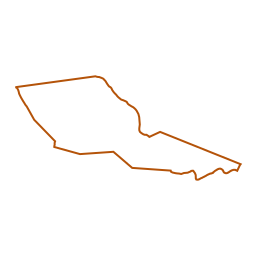 Canelles, Micoud, Saint Lucia
{"feature_id": "8701671B20457253682512", "entity_name": "Canelles", "entity_type": "district", "adm_level": 2, "iso_a3": "LCA", "parent_name": "Saint Lucia", "parent_adm1": "Micoud", "projection": "albers", "projection_center": [-60.909, 13.785], "detail": "fine", "context": "isolated", "style": "outline", "palette": "amber", "viewbox_px": 256, "rotation_deg": 0, "n_neighbors": 0, "source": "geoboundaries", "source_scale": "gbopen_adm2", "svg_char_len": 4297}
<svg xmlns="http://www.w3.org/2000/svg" viewBox="0 0 256 256"><path d="M54.3,147.0L80.0,154.1L113.4,151.8L132.2,167.9L170.7,170.6L171.0,171.7L172.5,172.5L175.6,173.2L177.1,173.4L179.4,173.6L181.2,174.0L184.0,173.0L185.3,172.9L187.7,172.7L188.8,172.2L190.6,171.5L191.2,170.9L192.9,170.7L193.0,170.7L193.1,170.8L193.3,170.9L193.3,171.0L194.4,172.4L194.5,172.5L194.7,172.8L194.8,173.0L195.0,173.3L195.1,173.5L195.5,174.6L195.6,174.8L195.7,175.0L195.8,177.9L195.8,178.0L195.8,178.3L195.9,178.7L196.0,178.8L196.1,179.0L196.2,179.3L196.3,179.3L196.5,179.4L196.5,179.5L196.8,179.6L197.0,179.7L197.3,179.7L197.5,179.7L197.8,179.7L198.1,179.6L198.3,179.6L198.6,179.5L198.7,179.4L198.9,179.3L199.2,179.2L199.3,179.2L199.5,179.0L199.7,178.9L199.8,178.9L200.2,178.7L200.3,178.6L200.5,178.5L200.7,178.4L200.8,178.3L201.0,178.2L201.3,178.1L201.5,178.0L201.7,177.9L201.9,177.9L202.1,177.8L202.3,177.7L202.5,177.6L202.8,177.4L203.1,177.2L203.3,177.1L203.5,177.0L203.7,176.9L203.8,176.9L204.0,176.8L204.3,176.7L204.5,176.5L204.8,176.4L205.0,176.3L205.1,176.2L205.5,176.0L205.9,175.8L206.1,175.7L206.4,175.5L206.6,175.3L206.8,175.2L207.0,175.1L207.4,174.9L207.6,174.8L207.9,174.6L208.0,174.6L208.3,174.5L208.4,174.4L208.5,174.4L208.9,174.2L209.0,174.1L209.4,174.0L209.7,173.9L209.8,173.8L209.9,173.7L210.0,173.7L210.3,173.6L210.5,173.6L210.8,173.5L211.0,173.5L211.1,173.4L211.3,173.4L211.5,173.4L211.9,173.2L212.1,173.2L212.4,173.1L212.5,173.0L212.7,172.8L212.8,172.8L212.8,172.7L213.1,172.5L213.3,172.4L213.4,172.2L213.6,172.1L213.8,171.9L214.1,171.7L214.3,171.5L214.4,171.4L214.6,171.2L214.9,171.0L215.0,170.9L215.3,170.7L215.7,170.5L215.8,170.4L216.0,170.3L216.1,170.2L216.3,170.1L216.5,170.0L216.7,169.9L216.8,169.8L216.9,169.7L217.2,169.5L217.3,169.5L217.4,169.4L217.5,169.4L217.8,169.2L218.0,169.1L218.3,169.0L218.5,169.0L218.6,168.9L218.8,168.9L219.0,168.8L219.3,168.7L219.6,168.7L219.8,168.7L220.2,168.7L220.3,168.7L220.5,168.7L220.6,168.8L220.8,168.8L221.0,168.9L221.2,169.0L221.3,169.0L221.5,169.1L221.7,169.3L221.9,169.4L222.0,169.5L222.3,169.7L222.4,169.8L222.6,170.0L222.9,170.3L223.0,170.4L223.0,170.5L223.2,170.8L223.2,171.0L223.3,171.2L223.3,171.3L223.4,171.5L223.5,171.6L223.6,171.8L223.7,172.0L223.8,172.2L223.9,172.3L224.1,172.4L224.1,172.5L224.3,172.6L224.5,172.7L224.7,172.8L224.8,172.8L225.0,173.0L225.4,173.1L225.5,173.1L225.8,173.2L226.1,173.2L226.4,173.2L226.5,173.2L227.0,173.1L227.3,173.0L227.5,172.9L227.8,172.8L227.9,172.7L228.0,172.7L228.3,172.5L228.4,172.4L228.5,172.4L228.8,172.2L229.0,172.1L229.2,171.9L229.3,171.9L229.5,171.7L229.8,171.5L229.9,171.4L230.0,171.4L230.3,171.2L230.5,171.1L230.7,170.9L230.8,170.9L231.0,170.8L231.3,170.7L231.5,170.5L231.8,170.4L232.1,170.3L232.2,170.2L232.3,170.2L232.6,170.1L232.9,170.0L233.0,170.0L233.2,169.9L233.3,169.9L233.5,169.9L234.0,169.8L234.3,169.8L234.5,169.8L234.8,169.9L235.0,169.9L235.3,169.9L235.4,170.0L235.5,170.0L235.8,170.1L236.0,170.1L236.2,170.3L236.3,170.3L236.5,170.4L236.7,170.5L236.8,170.5L237.0,170.7L237.2,170.8L238.2,168.7L239.8,165.3L240.6,164.2L160.1,131.9L149.3,136.9L148.5,136.0L147.6,135.6L146.6,134.8L144.8,134.8L143.3,134.3L141.3,133.0L139.9,131.8L139.3,130.2L139.3,128.2L139.8,124.5L139.4,119.7L139.2,117.1L138.4,114.0L136.6,110.7L135.6,109.4L134.6,108.4L133.9,107.8L133.3,107.3L132.6,106.9L131.8,106.5L131.1,106.1L130.4,105.6L129.7,105.2L128.9,104.7L128.3,104.2L127.7,103.6L127.3,102.9L126.9,102.1L126.2,101.6L125.5,101.2L124.7,100.9L123.2,100.2L122.7,100.1L121.9,99.8L121.1,99.5L120.4,99.0L119.8,98.4L119.1,97.9L118.5,97.4L117.9,96.8L117.3,96.2L116.8,95.5L116.3,94.9L115.7,94.2L115.1,93.7L114.5,93.0L113.9,92.4L112.9,91.0L112.4,90.3L112.0,89.6L111.7,88.8L111.3,88.1L110.7,87.4L110.1,87.0L109.3,86.6L108.7,86.0L108.2,85.3L107.7,84.6L107.2,83.9L106.8,83.2L106.3,82.5L105.9,81.7L105.4,81.0L104.9,80.4L104.2,79.8L103.8,79.2L103.1,78.6L102.4,78.3L101.6,77.9L100.7,77.6L99.9,77.3L99.1,77.0L98.3,77.0L97.5,76.9L96.6,76.7L96.0,76.5L95.4,76.3L15.4,87.2L15.8,87.3L16.4,87.6L16.8,87.9L17.2,88.3L17.6,88.9L17.9,89.5L18.2,90.1L18.4,90.7L18.6,91.4L18.8,92.1L18.9,92.5L19.0,93.2L19.3,94.0L19.5,94.5L20.2,95.9L21.1,97.7L22.1,99.4L23.1,101.1L24.0,102.5L24.5,103.3L25.2,104.5L25.6,105.1L26.1,105.7L26.7,106.4L34.2,119.8L55.1,141.3L54.6,143.0L54.7,144.3L54.3,146.3L54.3,147.0Z" fill="none" stroke="#b45309" stroke-width="2"/></svg>